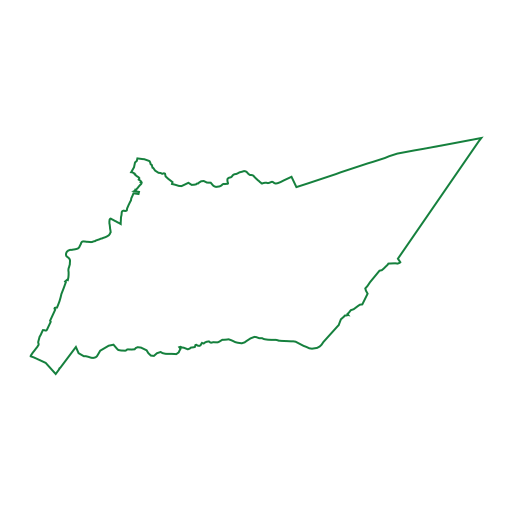 Ecatzingo, México, Mexico (orthographic projection)
{"feature_id": "50627088B21817072647094", "entity_name": "Ecatzingo", "entity_type": "district", "adm_level": 2, "iso_a3": "MEX", "parent_name": "Mexico", "parent_adm1": "México", "projection": "orthographic", "projection_center": [-98.759, 18.968], "detail": "fine", "context": "isolated", "style": "outline", "palette": "green", "viewbox_px": 512, "rotation_deg": 0, "n_neighbors": 0, "source": "geoboundaries", "source_scale": "gbopen_adm2", "svg_char_len": 5972}
<svg xmlns="http://www.w3.org/2000/svg" viewBox="0 0 512 512"><path d="M30.7,356.3L33.8,357.4L45.7,362.9L55.7,374.0L59.3,369.1L59.3,368.9L59.3,368.5L59.7,368.1L60.2,367.9L75.9,347.0L78.6,353.2L83.8,356.2L85.8,356.2L88.3,356.8L90.7,357.6L92.1,357.9L93.5,357.9L95.6,357.3L96.9,356.3L98.0,354.5L100.2,350.7L108.7,345.7L113.5,344.7L117.2,349.0L118.3,350.0L121.0,350.5L123.4,350.6L125.2,350.7L125.9,350.5L127.2,349.5L127.8,349.4L130.8,349.5L132.1,349.5L134.6,349.3L135.8,348.0L137.7,347.2L141.0,347.6L146.6,350.3L148.3,353.1L150.9,355.6L153.9,355.9L157.0,353.2L160.6,352.0L162.5,353.1L165.5,353.8L168.1,353.9L170.6,353.9L172.4,353.9L176.3,354.1L178.7,352.4L179.5,350.6L180.5,348.9L179.3,347.2L180.5,346.8L182.0,347.5L183.7,347.7L187.8,349.3L189.7,348.6L190.9,347.6L193.4,347.3L194.8,347.0L195.5,345.0L196.4,344.8L197.5,345.6L199.2,345.9L200.4,345.4L200.9,344.7L201.5,343.5L202.0,342.9L202.5,343.2L203.7,343.5L204.8,342.6L206.5,341.8L208.9,341.4L210.0,342.3L211.1,342.7L213.3,342.2L215.4,342.3L217.8,342.3L219.2,341.7L222.3,339.8L223.7,339.8L226.5,339.6L228.6,339.3L231.2,340.2L233.0,341.0L235.2,342.1L237.5,342.7L241.7,343.3L244.6,342.4L246.5,341.0L249.0,339.4L250.5,338.4L253.1,337.4L254.4,336.9L256.2,337.1L259.2,338.2L262.1,338.2L263.7,339.0L265.1,339.3L267.9,339.7L272.0,339.9L274.5,339.9L276.0,339.9L278.0,340.3L278.3,340.6L281.6,340.9L286.7,341.1L290.5,341.3L293.1,341.3L295.6,341.7L299.6,343.8L301.5,344.8L303.6,345.9L305.8,346.7L307.2,347.3L309.3,348.3L312.0,348.7L317.1,347.9L319.7,346.5L321.5,344.8L323.4,342.0L338.0,325.8L338.6,325.3L340.9,319.3L344.2,316.4L344.7,315.6L346.9,315.4L347.7,314.9L348.2,315.0L347.5,314.0L349.0,312.5L350.8,310.2L353.7,309.2L358.1,305.9L359.9,304.7L362.3,304.4L367.6,293.7L365.9,290.6L365.3,288.4L367.3,286.2L370.1,282.1L379.5,270.7L381.8,270.2L383.7,268.6L385.8,266.5L387.5,264.9L388.4,263.6L392.5,263.4L395.4,263.3L397.6,263.6L399.7,262.8L400.3,262.2L397.9,258.7L478.7,141.4L481.3,138.0L454.4,143.1L445.9,144.7L421.4,149.2L414.4,150.4L397.3,153.6L389.2,156.2L384.9,158.0L372.8,161.9L367.7,163.4L340.7,172.3L335.9,174.1L315.1,181.0L307.9,183.4L296.4,187.1L291.5,176.8L283.8,180.4L280.5,182.1L277.9,183.1L276.7,183.4L275.5,183.5L274.3,183.1L273.3,182.3L272.5,181.9L271.6,181.9L270.8,182.2L269.8,182.6L268.7,183.0L267.7,183.1L266.1,182.7L264.7,182.8L263.8,183.0L262.8,183.2L262.2,183.5L261.9,183.5L261.5,183.4L261.2,183.0L260.6,182.5L260.0,182.1L258.9,181.0L257.8,180.2L257.0,179.4L255.8,178.3L254.3,176.8L253.5,175.8L252.8,175.4L251.9,175.1L250.9,175.0L250.1,175.0L249.6,174.8L248.3,173.8L247.5,172.9L246.9,172.2L246.3,171.7L244.7,171.1L244.0,171.1L243.0,171.4L242.2,171.7L241.3,171.9L240.2,172.2L239.6,172.3L237.6,173.4L236.2,174.0L235.2,174.1L234.4,174.3L233.5,174.7L233.0,175.1L232.5,175.6L232.2,176.1L231.5,176.9L230.8,177.3L230.0,177.5L229.1,177.7L228.1,178.3L227.6,178.8L227.4,179.6L227.4,180.5L227.5,181.4L227.7,182.2L227.9,182.8L228.0,183.3L227.9,183.6L227.1,183.9L225.8,183.9L224.9,184.1L224.0,183.9L223.3,184.0L222.4,184.5L221.9,185.0L221.4,185.5L220.6,185.9L219.6,186.4L216.2,186.9L215.2,186.7L213.7,186.0L213.0,185.4L210.7,182.7L207.0,182.6L203.7,181.0L201.1,181.3L198.7,182.8L198.3,183.4L196.9,183.6L196.2,184.3L194.8,184.6L194.2,184.7L191.7,184.9L188.4,182.8L184.9,184.5L181.5,186.1L178.8,185.9L176.0,185.0L174.2,184.5L172.0,184.0L172.5,182.1L168.2,178.8L165.6,176.4L165.0,173.7L164.3,173.4L163.9,173.3L162.2,173.8L160.6,173.0L158.5,172.8L155.1,170.6L153.3,168.0L152.5,167.7L151.8,165.0L150.7,164.3L150.5,163.7L150.4,163.1L149.7,161.4L149.2,161.0L147.9,160.5L144.2,159.2L142.7,159.1L142.0,159.0L137.4,158.4L136.8,160.9L135.1,162.4L134.9,163.0L134.8,163.6L134.0,167.3L132.8,169.4L131.2,172.2L132.2,172.3L134.5,173.5L134.6,174.2L135.3,174.4L135.5,175.2L136.3,175.7L137.0,176.3L138.5,177.2L139.3,178.1L139.2,178.6L138.7,179.6L140.4,180.7L141.3,181.9L140.8,182.4L141.6,182.8L141.3,183.8L140.9,184.3L140.1,185.0L138.7,186.6L137.7,187.9L136.2,189.5L135.9,189.9L135.3,189.7L134.9,190.8L134.3,191.1L139.0,191.9L138.5,194.0L133.5,193.3L132.6,195.5L131.3,198.3L130.9,200.6L130.5,201.1L128.6,205.0L127.7,207.1L127.2,208.2L127.0,209.0L126.9,209.8L126.8,210.4L125.9,210.9L125.0,211.0L124.0,210.7L123.4,210.7L123.0,210.9L122.6,211.0L122.2,211.3L121.8,212.0L121.7,212.7L121.5,215.0L121.0,217.2L120.9,219.5L120.7,222.7L120.7,224.0L119.8,223.5L119.0,223.0L117.5,222.3L116.2,221.5L114.7,220.8L113.3,220.0L112.1,219.4L111.1,218.8L110.6,218.6L110.2,218.8L109.9,219.2L109.6,219.7L109.6,220.2L109.4,221.1L109.4,222.0L109.4,223.3L109.7,224.8L110.0,227.3L110.1,228.7L110.3,229.6L110.5,230.8L110.6,231.7L110.7,232.1L110.4,232.6L109.8,234.0L109.4,234.5L108.9,235.2L108.3,235.6L107.0,236.4L106.0,236.9L104.8,237.4L103.8,237.7L102.9,238.0L102.5,238.3L101.3,238.6L100.7,238.7L99.5,239.3L98.9,239.5L97.7,239.9L96.8,240.2L95.7,240.6L95.1,241.1L94.4,241.2L93.0,241.6L92.1,242.0L90.8,242.1L90.0,242.0L88.9,241.9L87.6,241.8L86.7,241.8L85.6,241.6L84.6,241.5L83.6,241.4L82.7,241.5L82.0,241.8L81.7,242.1L81.3,242.7L81.0,243.3L80.8,244.1L80.5,244.6L79.7,246.2L79.4,246.9L78.9,247.6L78.3,248.2L77.6,248.6L76.7,248.9L75.9,249.1L75.0,249.3L73.9,249.5L72.9,249.6L71.8,249.9L71.0,249.9L70.0,249.9L69.2,250.2L68.2,250.6L67.5,251.2L66.9,251.7L66.4,252.6L66.1,253.5L66.0,254.1L66.0,254.8L66.1,255.3L66.4,256.1L66.9,256.6L67.7,257.2L68.6,257.9L69.4,258.8L69.8,259.7L70.0,260.4L70.0,261.3L69.9,262.5L69.8,264.5L69.4,265.8L69.0,267.3L68.6,268.3L68.4,269.8L68.4,270.9L68.6,272.0L68.6,273.4L68.6,274.9L68.4,277.3L67.8,280.1L67.1,279.8L65.1,281.5L65.8,282.3L63.7,288.1L62.5,291.2L61.4,294.0L60.6,297.4L59.5,301.2L58.3,304.4L57.0,307.6L56.0,307.7L55.6,307.7L54.8,307.9L54.6,308.3L54.5,308.6L54.6,308.9L54.9,309.3L55.2,309.7L50.1,320.7L50.7,321.8L48.0,327.5L47.4,328.8L46.9,329.8L46.4,330.4L46.0,330.5L45.3,330.5L43.9,330.1L42.9,330.1L41.6,332.9L40.8,334.7L39.5,337.0L39.2,338.3L38.3,341.6L38.2,342.4L38.3,343.0L38.6,343.8L38.6,344.5L38.4,345.2L37.8,346.0L37.3,346.9L36.0,348.5L34.5,350.5L32.8,352.6L30.8,355.6L30.7,356.3Z" fill="none" stroke="#15803d" stroke-width="2"/></svg>